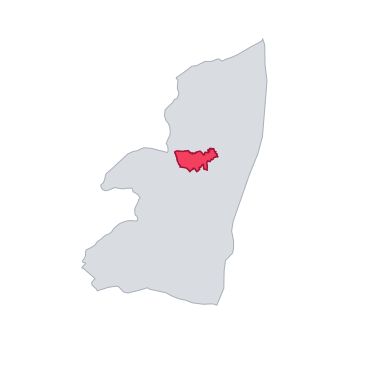 Gbi & Doru, Nimba, Liberia (highlighted), rotated 243°
{"feature_id": "62588387B4230579459991", "entity_name": "Gbi & Doru", "entity_type": "district", "adm_level": 2, "iso_a3": "LBR", "parent_name": "Liberia", "parent_adm1": "Nimba", "projection": "natural_earth1", "projection_center": [-8.931, 6.127], "detail": "fine", "context": "in_parent", "style": "filled", "palette": "rose", "viewbox_px": 384, "rotation_deg": 243, "n_neighbors": 0, "source": "geoboundaries", "source_scale": "gbopen_adm2", "svg_char_len": 5534}
<svg xmlns="http://www.w3.org/2000/svg" viewBox="0 0 384 384"><g transform="rotate(243 192 192)"><path d="M79.9,162.8L82.8,159.9L87.0,150.9L93.0,142.1L98.6,137.0L103.0,131.6L107.6,127.5L114.3,122.8L124.5,110.2L126.9,108.8L128.5,100.1L131.1,89.0L134.0,85.6L141.0,83.6L142.6,81.6L145.1,73.9L146.6,64.8L146.8,62.8L149.5,62.6L154.2,60.6L156.9,61.5L158.1,64.1L158.7,66.3L172.9,60.7L174.1,59.5L174.9,59.7L176.6,64.8L177.7,64.5L178.5,63.0L179.5,62.9L180.6,63.6L181.7,65.9L183.5,68.1L186.5,69.6L188.5,71.6L188.3,77.1L189.0,82.4L190.3,83.6L191.0,86.8L191.4,90.2L192.1,92.1L192.7,95.6L192.4,99.3L192.9,102.0L195.2,106.5L196.6,112.3L196.6,116.4L195.8,120.7L194.3,124.6L191.6,128.8L191.4,130.5L193.0,131.6L195.4,131.9L197.3,131.0L202.4,132.9L205.0,135.8L207.3,139.2L209.4,141.0L210.3,143.2L213.9,142.6L218.0,140.5L218.9,139.5L220.1,140.0L222.7,140.2L224.6,136.4L226.1,132.0L229.3,127.3L230.9,125.5L231.3,122.4L231.5,118.5L232.6,115.1L235.3,113.3L238.1,113.3L239.7,114.0L240.5,117.3L242.8,119.8L244.7,121.5L245.8,122.2L247.4,124.2L249.0,130.8L255.1,152.2L254.8,158.1L253.6,161.9L253.6,165.7L253.2,169.4L249.4,175.5L238.4,188.0L239.2,189.1L241.9,190.5L244.5,191.3L246.8,190.9L249.5,194.0L252.5,197.9L255.6,200.0L260.2,201.8L264.2,202.0L267.6,201.3L272.3,202.0L277.4,205.3L279.2,210.7L280.4,215.3L282.2,217.7L282.4,221.7L286.0,225.3L291.2,226.0L297.9,230.2L299.6,229.9L300.3,229.4L301.1,230.2L302.8,242.2L304.1,248.6L303.4,251.2L302.5,253.2L302.5,262.9L299.5,268.5L299.0,274.6L298.1,276.6L294.9,278.3L294.9,283.0L294.0,288.7L293.7,294.7L294.6,310.5L294.8,322.3L296.2,324.5L289.9,323.5L271.5,314.5L257.2,309.4L209.5,280.0L196.3,268.2L181.0,250.6L147.0,215.2L139.3,209.6L129.5,206.8L123.5,203.8L119.2,200.5L115.8,190.7L107.3,184.9L91.7,176.6L79.9,162.8Z" fill="#d9dde1" stroke="#a8b0b8" stroke-width="1"/><path d="M235.5,194.8L235.1,194.7L234.5,194.7L234.3,194.4L233.8,194.5L233.5,194.7L233.2,194.5L232.4,194.4L231.9,194.4L231.4,194.3L231.1,194.1L230.8,194.4L230.6,194.3L230.2,194.1L229.4,194.2L228.8,193.7L228.2,193.5L228.0,193.4L227.3,193.5L226.8,193.1L226.4,193.0L225.3,193.1L224.2,193.0L223.6,193.0L223.2,192.8L223.0,192.7L221.5,193.3L221.0,193.6L220.6,193.4L220.5,193.0L219.8,192.7L219.7,192.7L219.2,193.5L218.9,193.9L218.2,194.9L218.0,195.2L216.7,196.9L216.3,197.4L215.7,197.9L215.2,198.1L215.0,198.4L213.0,198.9L212.8,198.9L211.1,199.4L211.2,199.7L211.8,201.0L211.8,202.0L211.9,202.8L211.9,203.4L211.9,203.5L212.4,203.5L212.6,204.3L211.4,205.0L211.1,205.2L210.1,205.1L209.6,205.1L209.4,205.3L208.0,205.5L208.0,205.8L208.0,206.4L208.0,206.5L208.0,207.0L208.1,207.3L208.4,207.5L208.5,207.6L208.6,208.1L208.6,208.3L208.7,209.1L209.2,209.3L209.9,209.4L210.5,209.5L210.4,209.8L210.1,210.9L210.1,211.0L210.3,211.3L210.6,211.8L211.0,212.7L211.4,213.1L211.5,213.2L211.5,213.9L211.5,214.0L211.6,214.4L211.5,214.6L209.1,213.7L208.4,213.5L207.3,212.9L207.2,212.9L206.7,213.5L205.8,214.4L204.7,215.5L205.0,215.6L205.4,215.8L205.5,215.8L207.7,217.2L207.8,217.2L211.6,218.6L212.1,219.3L212.7,220.0L212.2,220.5L211.9,220.7L211.8,220.9L211.5,220.9L211.3,221.1L211.1,221.6L211.0,222.2L211.5,222.6L211.6,222.8L211.8,223.4L212.0,223.5L212.4,223.7L212.5,223.8L212.5,224.1L212.3,224.2L212.0,224.2L211.8,224.3L211.7,224.7L211.6,225.2L211.9,226.2L212.4,226.6L212.7,227.0L212.8,227.3L212.8,227.5L212.8,227.8L212.3,228.7L212.4,229.6L212.1,230.1L211.6,230.6L211.7,231.0L212.1,230.9L212.8,230.0L213.2,230.7L213.3,231.0L213.9,230.9L214.2,231.6L214.5,231.5L215.8,230.9L215.9,230.7L216.0,230.5L216.3,230.5L217.2,231.5L217.7,230.9L217.9,230.7L218.3,230.5L218.7,230.6L219.9,230.7L220.0,230.7L220.3,231.1L220.6,231.0L220.8,230.9L220.8,230.6L220.8,230.3L221.1,230.2L221.2,229.8L221.3,229.6L221.3,229.2L221.6,229.3L221.8,229.3L221.8,228.9L222.7,227.9L222.7,227.7L222.1,227.6L221.9,227.4L221.8,226.7L222.0,226.5L222.2,226.3L222.4,225.8L222.4,225.6L222.0,225.7L221.3,225.6L221.2,225.6L221.2,225.4L221.5,225.4L221.8,225.2L221.7,225.0L221.0,224.9L220.8,225.1L220.7,225.2L220.7,225.6L220.6,226.0L220.3,226.2L220.2,226.2L220.0,225.8L220.1,225.5L220.1,225.2L220.2,224.8L219.9,224.7L219.7,224.6L219.6,224.2L220.1,223.7L220.3,223.4L220.5,223.3L220.5,223.2L220.7,222.6L220.8,222.2L220.9,221.9L221.0,221.7L221.4,221.8L221.5,221.8L221.5,221.7L221.3,221.4L221.2,221.3L221.0,221.2L220.7,220.9L220.3,220.5L220.1,220.2L220.1,219.7L219.6,219.7L219.8,219.4L220.0,219.2L220.4,219.4L220.5,219.5L220.7,219.2L220.7,218.8L220.9,218.8L221.4,218.9L221.8,218.8L222.1,218.7L222.3,218.6L222.5,218.5L222.8,218.5L223.1,218.4L223.3,218.3L223.6,218.2L223.9,218.1L224.6,217.8L224.7,217.7L224.8,217.6L224.9,217.0L225.0,216.4L225.1,216.0L225.3,215.6L225.3,214.2L225.2,214.1L225.3,214.0L225.6,214.0L225.7,213.9L225.4,213.2L225.2,212.9L224.9,212.5L224.9,212.2L225.1,212.2L225.4,212.6L225.5,211.7L225.6,211.2L225.7,210.9L225.9,210.7L226.2,210.7L226.3,210.4L226.1,210.1L225.7,210.0L225.7,209.7L226.0,208.9L226.0,209.1L226.2,209.4L226.4,209.6L226.5,209.7L226.9,209.3L227.0,209.4L227.5,208.3L227.7,208.1L228.1,207.8L228.2,208.0L228.4,208.3L228.6,208.2L228.8,208.0L228.9,207.9L229.0,207.8L229.3,207.6L230.2,207.7L230.3,207.4L230.4,207.2L230.8,207.0L230.8,206.8L230.9,206.7L230.9,206.3L230.8,206.2L231.0,205.8L231.2,205.6L231.5,205.1L231.6,204.9L231.8,204.7L231.7,204.4L231.6,204.0L231.6,203.9L231.8,203.7L232.0,203.5L232.3,202.2L232.6,201.9L232.7,201.6L232.8,201.5L233.0,201.1L233.6,200.3L233.9,199.8L234.1,198.9L234.2,198.6L234.3,198.5L234.5,198.6L234.8,198.4L235.2,197.8L235.4,197.3L235.4,197.2L235.5,197.0L235.6,196.6L235.6,196.1L235.6,195.4L235.5,194.8Z" fill="#f43f5e" stroke="#9f1239" stroke-width="1.5"/></g></svg>